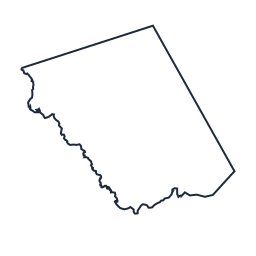 Tyler, Texas, United States of America, rotated 162°
{"feature_id": "52423323B76755657103328", "entity_name": "Tyler", "entity_type": "district", "adm_level": 2, "iso_a3": "USA", "parent_name": "United States of America", "parent_adm1": "Texas", "projection": "mercator", "projection_center": [-94.213, 30.792], "detail": "fine", "context": "isolated", "style": "outline", "palette": "slate", "viewbox_px": 256, "rotation_deg": 162, "n_neighbors": 0, "source": "geoboundaries", "source_scale": "gbopen_adm2", "svg_char_len": 2433}
<svg xmlns="http://www.w3.org/2000/svg" viewBox="0 0 256 256"><g transform="rotate(162 128 128)"><path d="M68.0,38.1L40.1,54.0L72.7,217.6L210.0,217.9L210.8,217.4L211.2,216.4L209.7,215.1L209.8,212.2L208.1,210.8L207.0,211.0L205.9,208.9L205.5,207.3L204.6,205.3L204.2,203.3L204.8,203.3L205.2,202.4L204.0,201.2L204.6,198.1L205.7,196.4L206.0,194.6L207.4,193.8L208.3,190.3L209.1,188.0L210.0,186.5L211.8,185.9L214.0,184.1L215.0,183.3L215.2,182.7L215.3,181.3L215.9,178.9L214.7,177.9L214.5,178.3L214.4,178.4L214.7,176.8L215.4,176.5L214.9,175.5L213.5,174.0L212.0,171.9L209.9,171.1L208.5,170.7L208.2,171.3L208.9,172.4L209.4,173.5L208.6,173.4L207.1,173.3L206.7,173.6L206.5,172.1L206.8,170.0L204.5,166.5L204.4,164.9L204.0,163.2L202.6,163.0L199.2,163.3L195.9,164.6L194.3,163.8L195.0,162.4L195.0,160.5L193.9,157.8L192.2,155.7L191.9,153.5L192.9,151.7L191.1,148.0L192.9,144.9L193.6,143.4L193.0,141.8L192.2,142.0L191.0,141.5L190.8,139.6L192.1,138.2L191.3,135.9L190.4,135.4L189.8,134.1L190.3,133.5L189.9,131.7L188.3,129.8L185.1,129.1L182.0,127.8L179.2,127.5L178.5,126.2L178.3,124.8L178.9,122.5L178.5,122.1L177.3,120.2L176.5,119.9L176.2,118.4L178.1,117.9L178.5,117.3L178.7,115.5L177.7,115.3L177.7,114.0L178.3,113.6L176.8,113.2L175.3,112.0L175.2,110.7L173.4,107.6L173.7,105.9L173.4,104.8L174.7,104.1L174.3,102.3L174.5,101.2L173.7,100.9L174.0,100.1L174.5,99.7L173.9,98.1L172.8,97.7L171.7,96.8L172.2,95.4L172.1,93.8L170.6,92.7L169.1,91.9L168.5,90.4L168.8,89.3L169.9,88.3L170.3,88.6L171.0,87.6L171.5,86.4L170.9,83.9L172.0,82.7L172.0,81.9L171.2,81.8L171.0,80.6L171.5,79.9L170.9,79.5L169.5,79.5L168.1,80.2L166.7,79.8L166.7,78.8L166.5,77.0L166.3,75.9L165.8,77.4L165.5,78.3L164.6,77.7L164.2,76.7L164.0,75.6L164.6,75.3L164.2,74.4L163.7,74.5L163.3,73.7L163.9,72.9L164.2,72.0L162.7,71.7L160.5,70.6L160.6,68.4L161.5,67.1L160.4,64.7L160.5,61.8L160.8,61.3L161.3,61.2L161.6,62.2L162.5,62.5L163.2,62.1L162.6,59.2L161.0,55.7L160.0,54.1L156.6,51.8L152.6,51.5L150.2,52.1L147.8,48.7L148.4,46.8L148.1,44.7L147.0,44.1L145.2,43.9L144.3,46.4L139.5,50.2L137.5,50.9L135.1,49.7L133.7,48.3L133.1,45.9L131.3,45.3L129.3,45.1L128.1,45.9L126.3,46.7L122.5,47.6L120.8,47.5L119.0,48.7L116.7,48.3L115.0,49.6L110.7,49.2L107.1,51.4L106.1,52.9L105.3,53.6L105.5,53.6L105.4,54.3L104.7,55.8L102.1,56.3L100.0,55.2L100.4,53.9L101.6,50.1L101.3,46.9L100.0,47.4L98.6,47.5L98.0,47.2L98.1,46.8L93.8,49.2L89.9,44.7L83.3,43.4L76.1,38.8L68.0,38.1Z" fill="none" stroke="#1e293b" stroke-width="2"/></g></svg>